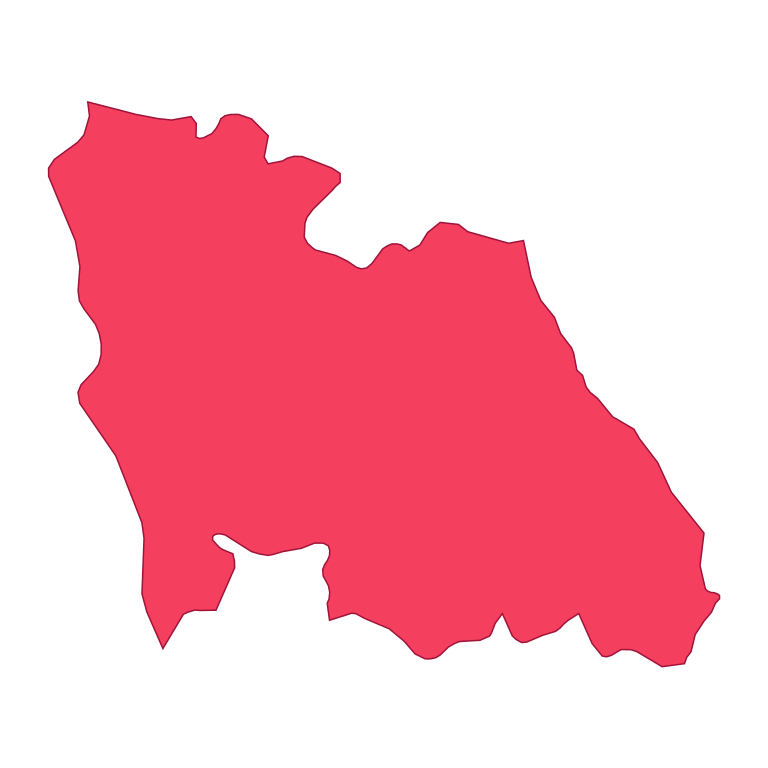 map outline of Viseu (Mercator projection), rotated 268°
{"feature_id": "PRT-755", "entity_name": "Viseu", "entity_type": "District", "adm_level": 1, "iso_a3": "PRT", "parent_name": "Portugal", "parent_adm1": "", "projection": "mercator", "projection_center": [-7.901, 40.768], "detail": "fine", "context": "isolated", "style": "filled", "palette": "rose", "viewbox_px": 768, "rotation_deg": 268, "n_neighbors": 0, "source": "natural_earth", "source_scale": "10m", "svg_char_len": 2440}
<svg xmlns="http://www.w3.org/2000/svg" viewBox="0 0 768 768"><g transform="rotate(268 384 384)"><path d="M512.0,84.2L537.8,80.6L603.2,56.1L611.4,56.3L619.9,62.3L636.5,86.6L643.5,92.9L662.1,99.0L676.2,97.8L662.1,145.5L657.2,167.0L655.2,180.9L658.0,200.5L650.9,205.5L637.5,204.7L635.8,208.1L636.3,212.1L640.2,220.6L644.9,224.9L650.1,228.1L654.7,230.1L657.7,234.6L658.7,240.2L658.5,248.1L653.6,260.8L636.1,277.0L615.0,272.2L608.1,275.8L610.5,290.7L613.0,295.0L614.7,302.1L614.2,310.1L601.5,339.6L595.9,347.5L586.9,347.2L582.9,342.2L579.7,339.4L561.1,319.1L552.9,312.6L547.2,310.6L533.5,309.4L527.1,312.6L522.8,317.0L520.3,320.2L514.2,340.1L508.0,351.8L501.6,360.4L499.9,365.2L500.5,370.6L505.1,376.4L519.1,387.4L521.9,392.0L523.7,396.8L523.5,402.1L522.3,406.2L516.0,414.0L521.7,424.8L533.9,432.9L543.5,445.8L540.9,463.9L533.3,473.0L520.3,513.5L522.5,528.4L485.5,534.8L462.1,543.6L444.6,556.7L428.2,562.3L413.4,572.8L407.7,574.7L391.1,577.2L385.6,582.8L374.2,585.8L368.4,589.7L362.2,596.9L343.3,611.3L330.1,632.2L320.2,637.5L295.9,654.8L265.8,667.4L223.8,698.6L191.5,693.5L168.1,698.0L165.7,700.2L164.3,703.3L163.9,706.7L162.6,709.9L161.1,711.9L157.7,711.9L153.4,707.6L144.5,703.3L135.8,695.5L122.8,686.3L105.7,681.5L100.4,677.1L94.0,674.5L91.8,652.0L107.7,627.4L109.9,621.3L110.3,611.7L104.8,601.5L103.6,596.8L104.5,592.6L117.4,582.9L147.8,570.6L141.3,559.6L137.7,555.1L134.0,551.5L130.8,546.8L127.3,533.7L121.1,517.7L120.8,512.6L124.0,507.2L127.8,503.4L150.4,494.3L141.0,486.8L131.1,482.6L128.4,480.7L124.5,471.0L124.0,450.5L122.2,445.4L118.9,439.2L111.2,430.7L108.7,426.3L107.8,421.6L107.7,418.3L108.0,415.2L113.2,405.6L126.1,395.3L139.1,380.8L150.4,356.5L155.4,348.0L156.1,343.8L149.8,321.3L166.8,319.6L171.2,321.6L177.8,322.5L184.4,321.4L194.3,316.5L200.8,316.3L205.5,318.3L209.8,321.4L214.4,323.5L219.5,324.0L224.3,322.7L227.1,317.6L227.4,309.0L222.7,295.7L220.0,276.9L217.5,267.1L216.8,262.1L218.5,253.5L221.2,245.6L238.7,220.0L239.7,216.2L239.9,215.2L240.0,213.3L239.6,210.2L237.8,207.5L233.9,207.3L226.5,213.7L224.9,215.7L223.5,218.4L219.6,227.0L212.2,228.4L205.5,228.3L163.8,208.2L164.1,192.2L164.7,187.2L162.8,180.1L160.9,175.5L127.3,153.8L164.6,139.0L182.8,134.8L238.1,138.8L253.9,137.2L321.5,113.5L345.9,98.0L375.2,79.3L386.2,77.9L393.8,81.2L406.7,94.2L413.6,99.5L423.1,102.3L433.7,102.8L444.2,101.2L453.6,97.8L469.5,86.8L477.7,82.5L487.2,81.6L488.6,81.6L512.0,84.2Z" fill="#f43f5e" stroke="#9f1239" stroke-width="1.5"/></g></svg>